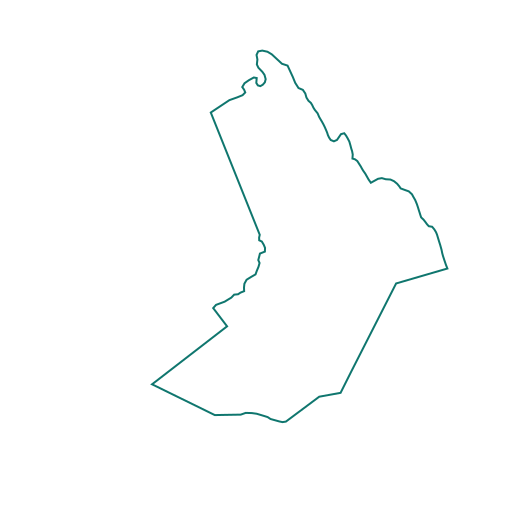 Macau, Rio Grande do Norte, Brazil, rotated 52°
{"feature_id": "56859067B94712622346809", "entity_name": "Macau", "entity_type": "district", "adm_level": 2, "iso_a3": "BRA", "parent_name": "Brazil", "parent_adm1": "Rio Grande do Norte", "projection": "robinson", "projection_center": [-36.568, -5.232], "detail": "fine", "context": "isolated", "style": "outline", "palette": "teal", "viewbox_px": 512, "rotation_deg": 52, "n_neighbors": 0, "source": "geoboundaries", "source_scale": "gbopen_adm2", "svg_char_len": 2035}
<svg xmlns="http://www.w3.org/2000/svg" viewBox="0 0 512 512"><g transform="rotate(52 256 256)"><path d="M356.0,386.4L362.0,378.4L371.6,365.7L373.3,360.7L377.2,356.0L380.7,352.6L383.8,350.4L387.2,348.0L390.1,346.0L393.4,344.9L400.7,339.5L403.2,337.4L404.9,334.4L405.8,292.8L415.9,273.6L405.8,252.3L363.9,162.5L383.7,112.9L379.7,111.7L375.4,110.2L371.0,108.6L368.4,107.5L365.4,106.0L360.8,104.1L357.3,102.8L354.2,101.6L350.6,100.2L348.1,99.5L344.8,99.1L341.4,99.2L338.9,101.5L336.2,101.7L333.7,101.6L330.6,101.6L327.3,102.1L325.0,101.3L322.1,100.2L319.9,99.4L317.6,98.5L314.2,97.3L309.9,96.1L306.3,95.6L303.4,95.1L299.1,95.8L296.0,97.8L291.8,100.4L289.4,100.2L286.0,100.3L282.0,101.2L278.5,103.0L275.4,106.5L272.1,108.9L270.3,112.3L269.0,120.4L265.1,120.2L261.8,119.7L258.4,119.2L254.7,119.0L252.3,118.7L249.9,118.3L246.7,118.0L243.5,117.7L240.7,118.5L238.6,120.0L235.6,117.3L232.5,115.7L230.0,114.8L227.0,113.5L223.3,112.0L219.5,111.3L216.4,110.9L213.6,110.9L212.3,114.0L214.4,120.7L213.6,124.0L210.6,125.7L207.7,125.5L205.0,124.9L202.6,124.0L199.7,123.2L197.0,122.5L193.7,121.8L190.5,121.3L188.0,121.0L185.2,120.6L181.5,119.6L177.0,119.7L174.3,119.4L171.7,118.8L169.1,118.5L166.0,119.1L162.2,118.7L158.3,117.1L153.9,116.8L149.8,119.1L143.7,118.5L137.7,116.8L125.4,113.9L120.5,117.2L106.8,119.4L102.1,121.2L98.0,124.6L96.1,128.3L97.9,131.8L102.0,133.9L105.6,137.4L109.1,138.2L114.9,137.6L118.5,137.8L122.6,139.5L124.6,142.1L125.2,145.2L124.8,148.0L122.7,149.5L119.8,149.2L116.2,145.9L114.0,147.8L113.1,153.3L112.8,158.7L114.4,162.8L117.7,163.0L120.5,163.8L121.0,167.6L119.4,173.2L116.8,181.0L115.1,203.3L241.6,240.0L243.4,242.2L245.6,243.8L248.2,242.5L252.0,243.0L255.2,243.9L258.0,246.3L256.5,251.4L258.7,254.2L260.6,256.7L263.7,257.5L266.0,260.6L268.3,264.7L270.2,267.7L269.5,272.6L268.9,278.0L270.7,282.2L273.5,284.9L276.4,287.0L275.3,290.8L275.1,293.7L273.0,297.0L273.6,301.1L273.1,305.2L272.7,308.8L271.3,313.2L269.9,317.6L270.7,321.8L293.6,322.1L293.1,416.9L356.0,386.4Z" fill="none" stroke="#0f766e" stroke-width="2"/></g></svg>